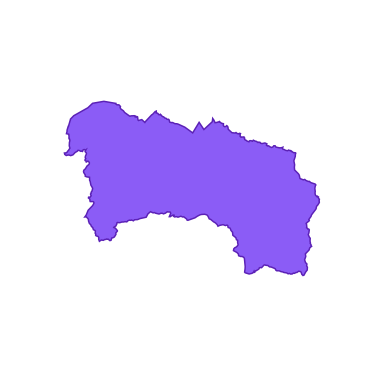 outline of Musi Rawas Utara, Sumatera Selatan, Indonesia, rotated 223°
{"feature_id": "22746128B26074251210079", "entity_name": "Musi Rawas Utara", "entity_type": "district", "adm_level": 2, "iso_a3": "IDN", "parent_name": "Indonesia", "parent_adm1": "Sumatera Selatan", "projection": "natural_earth1", "projection_center": [102.781, -2.706], "detail": "fine", "context": "isolated", "style": "filled", "palette": "violet", "viewbox_px": 384, "rotation_deg": 223, "n_neighbors": 0, "source": "geoboundaries", "source_scale": "gbopen_adm2", "svg_char_len": 6030}
<svg xmlns="http://www.w3.org/2000/svg" viewBox="0 0 384 384"><g transform="rotate(223 192 192)"><path d="M142.6,291.2L143.2,291.2L144.6,290.0L147.5,289.7L147.3,289.4L148.1,289.3L150.0,288.5L150.1,287.5L151.7,286.4L153.9,285.8L154.4,285.3L155.5,285.5L156.1,286.7L156.9,285.2L158.2,283.9L161.2,282.1L162.7,282.5L163.7,281.6L163.6,280.1L164.1,278.9L165.5,278.3L167.5,278.0L168.0,277.3L168.5,277.3L168.8,277.0L169.5,277.0L170.1,278.3L172.1,277.6L173.8,275.2L175.2,274.4L175.4,274.6L176.2,274.7L177.3,273.9L177.5,273.2L179.3,273.0L180.5,272.3L182.5,271.7L182.4,270.4L183.8,269.8L184.7,269.0L184.8,268.3L184.6,267.6L186.3,266.8L187.5,266.8L188.2,266.4L189.2,266.4L190.0,267.0L190.0,266.8L191.6,267.7L192.4,266.7L193.1,266.3L193.1,265.9L193.5,265.5L194.7,265.5L195.3,266.1L195.5,265.9L195.3,266.2L195.8,266.5L196.4,267.8L197.4,267.2L197.4,266.5L198.8,265.6L200.4,265.5L200.6,264.6L203.2,262.6L208.3,262.6L210.0,264.0L211.0,264.3L211.9,264.2L211.9,263.0L212.9,261.9L214.3,261.9L215.6,263.4L217.3,262.4L220.0,262.2L219.8,261.6L220.6,261.2L221.0,260.2L222.4,258.4L225.1,259.5L227.0,259.9L225.1,257.3L225.9,245.8L234.3,247.8L231.8,235.7L241.5,234.5L248.4,232.2L249.6,231.6L251.1,230.3L253.2,229.7L254.1,229.2L254.4,228.6L256.0,227.9L257.8,229.1L258.7,229.2L259.7,228.2L261.2,228.2L262.3,227.6L264.0,227.6L264.7,227.2L265.9,227.0L266.8,227.3L267.0,227.1L268.2,227.2L268.1,226.6L269.3,225.8L270.3,226.2L271.3,226.0L272.1,225.4L273.3,226.8L273.8,225.7L273.8,221.8L274.1,221.0L274.1,211.6L273.9,210.7L278.1,210.7L279.9,207.8L280.7,207.9L283.0,209.8L283.8,209.8L283.8,210.2L283.8,208.8L284.9,208.2L285.3,208.9L286.3,208.4L288.7,205.9L288.8,205.4L289.2,205.0L291.6,204.7L295.5,204.2L297.5,204.6L300.8,204.2L302.1,204.7L302.6,205.7L302.6,206.3L302.7,205.8L304.9,205.9L306.1,204.8L306.7,204.5L307.3,204.6L308.5,204.3L308.5,204.6L318.3,198.2L325.2,189.1L325.6,182.6L330.5,167.2L330.6,162.4L330.3,162.0L330.5,162.0L330.3,162.0L327.1,155.7L327.3,155.6L325.6,152.1L324.6,150.9L323.6,149.0L321.5,150.2L319.1,148.1L318.9,147.5L318.2,147.5L317.9,147.0L317.3,147.0L316.3,146.2L315.5,144.7L313.2,142.0L311.2,140.8L310.7,138.0L310.8,137.4L310.5,135.8L310.9,134.6L311.9,133.5L310.7,132.7L308.9,132.9L308.3,133.9L307.3,135.1L305.5,135.9L304.4,138.0L304.4,141.2L303.7,143.5L303.8,144.7L302.9,145.4L301.1,145.9L300.8,146.5L299.8,146.9L299.9,147.6L300.3,148.1L300.2,149.0L299.6,149.7L298.6,149.8L298.4,150.6L297.9,148.8L297.5,148.6L296.2,148.6L295.2,147.9L294.4,145.5L293.5,144.3L292.4,143.9L292.3,142.8L291.9,142.2L291.5,142.1L290.7,142.4L289.8,141.8L289.6,142.0L289.4,143.3L289.0,143.7L287.3,143.6L286.8,143.2L286.4,142.6L286.2,141.7L286.5,139.4L285.8,136.2L286.0,134.3L285.5,133.2L284.5,132.4L281.8,131.7L280.8,130.7L279.1,131.4L277.0,132.9L274.8,130.7L273.7,130.3L270.7,128.1L267.5,127.1L266.9,126.6L265.8,124.5L265.6,123.0L264.9,122.3L264.9,121.5L264.3,120.9L263.2,120.5L263.0,118.7L264.1,117.7L263.7,117.0L261.9,117.1L260.4,115.8L259.9,115.6L257.7,117.6L257.0,117.6L256.4,117.2L255.9,116.4L255.4,114.2L255.5,107.8L253.7,103.1L253.4,100.6L252.4,101.7L250.0,101.6L249.1,101.3L247.7,100.1L245.6,99.0L243.8,99.0L242.0,98.2L240.4,98.3L238.4,97.2L236.7,97.7L236.0,97.5L234.7,95.8L233.7,95.6L232.9,94.6L232.1,94.6L230.5,95.4L229.3,95.2L227.9,93.7L226.1,92.8L225.6,95.0L223.9,96.2L223.4,97.8L222.7,98.5L222.2,99.6L221.7,99.7L220.8,100.5L219.2,100.3L218.4,101.1L218.3,101.6L219.3,103.5L218.5,104.9L218.1,106.2L218.7,109.1L219.8,110.1L219.9,112.5L220.3,112.9L223.4,113.3L225.0,112.7L225.1,113.2L224.5,115.2L225.2,117.4L225.8,118.0L225.8,118.8L224.3,119.9L223.7,120.6L222.9,122.1L221.5,123.5L220.8,124.6L219.3,125.7L219.2,127.5L218.5,128.8L217.5,129.5L217.2,130.2L215.2,131.0L215.1,132.5L213.0,134.7L211.9,137.1L208.3,142.3L209.3,146.0L208.9,149.3L206.2,150.2L205.6,151.2L204.1,151.7L201.1,153.4L200.2,155.3L199.0,156.3L198.0,156.5L197.0,158.4L196.6,160.7L196.0,160.9L194.4,162.4L193.1,162.0L191.8,158.5L191.0,159.2L191.0,160.2L190.5,160.7L190.4,161.6L189.8,162.5L189.2,162.8L188.7,161.7L187.7,161.9L186.8,163.1L186.2,163.6L185.1,164.0L183.6,166.7L181.7,167.4L181.2,168.2L177.5,168.6L176.5,168.1L175.7,168.5L172.2,175.2L171.6,177.9L170.6,180.7L169.7,182.1L167.5,184.4L165.7,185.3L165.0,185.4L163.8,185.2L161.1,184.1L159.6,184.7L155.9,184.9L153.8,185.4L151.2,185.3L149.7,184.7L148.9,186.6L147.0,189.3L144.7,190.2L144.1,191.3L143.5,191.8L143.1,191.9L141.4,190.7L139.6,191.5L138.9,191.3L137.4,190.5L134.9,190.2L132.6,188.2L128.8,188.5L126.9,187.4L125.7,187.8L124.0,186.0L122.6,185.1L122.2,184.5L122.0,182.9L122.2,181.6L122.7,180.4L122.7,179.0L121.7,177.4L117.9,178.4L115.9,178.3L114.4,177.2L112.3,178.1L111.8,178.7L111.0,179.2L109.4,179.5L109.0,179.4L108.3,179.1L102.3,173.8L100.7,171.9L98.9,169.3L98.0,169.2L94.3,171.0L92.6,173.5L92.3,175.5L92.5,176.1L91.7,175.6L91.4,176.3L91.9,177.5L91.4,178.1L90.6,181.0L90.6,181.6L91.0,182.4L90.8,183.0L89.5,184.1L89.5,187.6L89.1,188.3L88.1,188.7L86.4,190.0L84.3,190.1L82.8,191.2L79.6,192.4L78.8,192.6L77.2,192.0L76.3,192.2L74.4,193.9L72.7,194.4L71.0,195.5L69.9,195.8L67.6,197.4L65.9,197.7L65.3,198.8L63.8,199.3L62.7,200.6L62.6,201.7L61.7,202.3L61.1,203.7L61.1,204.0L60.4,204.7L60.0,206.7L58.6,207.7L57.5,207.8L55.6,206.7L53.9,206.6L53.4,207.5L54.3,211.0L54.5,213.5L56.3,215.7L57.7,216.1L58.8,217.6L59.4,217.9L60.6,217.7L63.4,219.2L64.8,222.4L66.9,224.1L66.8,229.3L67.8,231.6L67.5,233.9L68.5,234.0L68.8,234.5L70.7,235.2L70.8,235.6L72.2,236.6L74.0,238.8L75.4,239.0L77.9,240.1L78.7,241.9L80.4,244.3L81.4,244.5L82.1,243.9L83.1,244.2L83.8,244.0L84.4,244.9L86.1,246.4L87.1,246.9L86.9,249.3L86.6,250.1L86.9,251.3L87.8,251.5L88.3,255.3L89.0,256.8L89.7,263.9L90.2,265.1L90.7,265.5L91.2,267.1L91.1,268.0L91.6,270.7L91.9,271.4L93.0,272.2L93.9,273.6L94.7,273.6L95.8,274.0L96.1,274.6L97.5,274.4L97.4,273.8L99.6,273.9L101.3,275.1L102.2,276.4L104.7,278.5L106.1,280.8L106.2,281.6L107.4,281.8L111.5,279.9L113.5,279.8L114.2,279.0L116.7,278.1L118.1,278.1L118.9,276.8L122.2,275.5L125.1,277.5L126.6,277.9L132.0,278.1L134.0,279.9L135.5,281.9L138.8,284.3L140.7,288.4L142.1,290.1L142.6,291.2Z" fill="#8b5cf6" stroke="#5b21b6" stroke-width="1.5"/></g></svg>